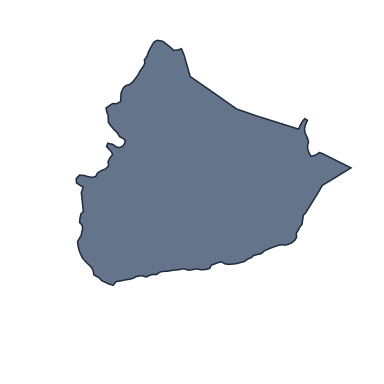 Irajuba, Bahia, Brazil, rotated 124°
{"feature_id": "56859067B96887846897967", "entity_name": "Irajuba", "entity_type": "district", "adm_level": 2, "iso_a3": "BRA", "parent_name": "Brazil", "parent_adm1": "Bahia", "projection": "albers", "projection_center": [-40.04, -13.225], "detail": "fine", "context": "isolated", "style": "filled", "palette": "slate", "viewbox_px": 384, "rotation_deg": 124, "n_neighbors": 0, "source": "geoboundaries", "source_scale": "gbopen_adm2", "svg_char_len": 2257}
<svg xmlns="http://www.w3.org/2000/svg" viewBox="0 0 384 384"><g transform="rotate(124 192 192)"><path d="M288.1,182.5L284.2,180.1L282.1,178.1L280.2,175.2L276.1,173.7L273.5,170.9L271.1,167.7L267.3,163.8L264.0,159.7L261.1,157.0L259.7,154.5L259.0,151.5L256.5,148.5L253.3,145.4L251.0,140.3L248.1,136.8L245.5,134.6L241.7,135.1L239.0,133.0L236.1,131.0L233.4,128.5L233.2,124.7L231.7,121.4L229.4,118.5L226.8,115.3L223.7,112.7L220.4,109.7L216.3,108.2L213.2,106.1L210.3,105.5L207.2,102.8L204.5,100.2L199.9,98.9L195.3,96.0L191.0,92.9L188.1,90.8L185.8,88.3L183.6,84.7L181.2,82.7L178.6,81.0L174.8,79.8L171.1,79.9L168.0,82.5L163.8,82.5L161.0,83.1L157.3,82.7L152.3,85.1L148.9,86.7L145.8,86.1L123.2,87.0L119.6,87.2L113.7,87.7L103.9,83.1L83.1,73.7L84.1,81.7L85.3,90.4L87.1,104.9L88.1,108.6L92.1,110.0L95.9,113.3L94.1,116.8L92.0,119.7L89.3,122.0L85.5,123.3L82.5,126.7L80.1,130.9L76.9,134.0L72.3,135.7L68.0,136.4L68.0,139.5L71.4,140.0L75.8,139.6L80.3,138.9L93.1,182.0L95.2,190.1L96.2,193.9L98.2,201.3L97.5,238.8L97.3,258.0L82.6,275.5L79.1,280.9L82.2,283.2L84.8,286.3L84.0,291.4L83.7,296.6L83.4,300.7L85.7,305.6L88.6,307.3L91.7,307.3L95.3,307.0L99.8,306.5L104.6,305.3L109.2,305.3L111.6,303.2L114.4,302.6L118.2,302.7L121.9,302.7L124.9,302.2L129.1,302.4L133.1,302.6L137.6,303.8L141.0,306.5L144.0,307.1L147.2,306.7L149.9,306.0L153.2,304.0L157.0,301.8L161.2,304.0L163.1,307.3L166.2,308.6L170.4,310.3L173.7,306.9L175.7,304.1L178.5,302.2L180.9,300.4L182.4,296.9L183.8,291.8L184.8,286.8L186.7,282.7L186.1,279.1L186.6,276.1L189.8,275.0L192.7,275.1L195.5,276.7L196.9,279.3L196.8,284.3L198.7,289.1L202.2,288.2L203.0,284.5L203.6,281.6L205.3,278.8L209.7,279.1L213.7,278.6L216.9,275.8L221.2,276.6L224.7,279.0L228.9,281.0L233.0,280.5L236.0,283.4L237.6,287.4L238.6,290.7L240.9,294.7L245.6,295.5L249.1,292.8L249.0,284.8L254.4,283.4L268.9,271.2L272.5,271.8L277.0,269.9L280.2,268.1L280.9,264.5L283.8,262.0L286.9,261.0L289.8,259.6L293.7,259.4L297.3,259.1L299.7,256.9L302.2,254.5L305.0,250.9L307.9,246.1L309.0,242.1L309.7,239.0L310.2,235.5L311.0,232.6L312.8,229.6L315.6,227.1L315.1,220.7L316.0,217.3L315.3,213.1L314.9,209.8L313.4,205.1L308.8,204.9L305.6,201.4L302.9,198.9L299.7,195.5L297.2,193.1L292.9,190.6L289.5,186.9L288.1,182.5Z" fill="#64748b" stroke="#1e293b" stroke-width="1.5"/></g></svg>